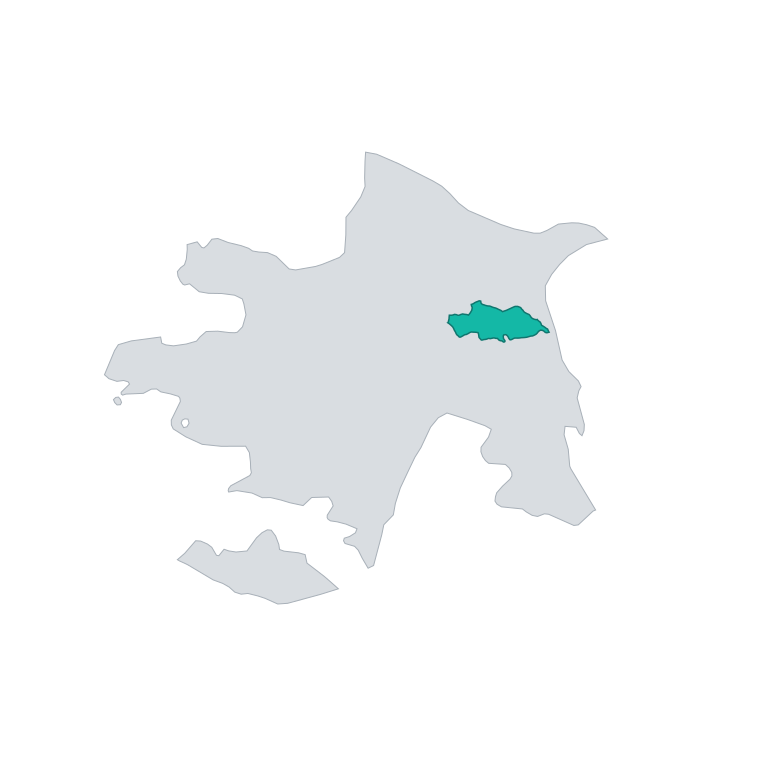 location of Hajigabul District, Hajigabul, Azerbaijan, rotated 331°
{"feature_id": "54616110B48173541517146", "entity_name": "Hajigabul District", "entity_type": "district", "adm_level": 2, "iso_a3": "AZE", "parent_name": "Azerbaijan", "parent_adm1": "Hajigabul", "projection": "equal_earth", "projection_center": [48.908, 40.107], "detail": "fine", "context": "in_parent", "style": "filled", "palette": "teal", "viewbox_px": 768, "rotation_deg": 331, "n_neighbors": 0, "source": "geoboundaries", "source_scale": "gbopen_adm2", "svg_char_len": 5636}
<svg xmlns="http://www.w3.org/2000/svg" viewBox="0 0 768 768"><g transform="rotate(331 384 384)"><path d="M508.0,596.8L505.3,596.5L485.6,601.4L481.5,599.8L464.8,577.7L461.3,575.3L454.1,574.3L449.9,570.7L446.4,564.8L444.5,560.4L427.2,548.4L424.6,544.0L424.3,540.2L426.8,536.7L429.8,533.8L438.2,530.8L448.1,528.3L451.3,526.4L452.9,523.3L452.8,518.2L451.2,513.2L437.1,504.1L435.6,500.2L435.1,495.4L435.9,490.3L438.2,486.4L449.7,481.1L455.9,475.6L452.1,469.4L439.7,455.3L425.0,439.9L415.2,439.8L403.8,444.3L385.5,457.5L375.4,463.1L362.3,472.4L347.9,482.8L336.1,493.9L328.7,503.0L315.6,507.0L309.0,514.7L286.9,537.7L280.8,537.4L280.5,526.0L280.9,516.9L279.6,511.7L272.6,504.6L272.6,501.5L274.5,499.6L279.9,500.7L286.9,500.3L290.2,497.5L282.9,488.2L276.3,481.9L270.8,477.7L269.5,475.1L269.5,473.3L270.8,471.2L280.4,466.0L281.4,461.3L280.8,456.0L265.7,448.2L254.3,451.1L244.2,442.3L237.7,435.6L229.7,428.3L222.4,424.4L215.6,415.3L203.6,405.9L195.8,403.2L196.0,401.8L197.4,400.1L200.7,398.7L222.3,399.0L225.0,397.3L226.4,393.3L229.4,387.4L233.0,378.7L232.8,371.3L211.3,359.5L195.7,348.6L185.1,334.2L177.9,321.1L178.2,316.7L180.4,312.5L197.5,300.5L198.6,297.4L198.3,295.2L192.4,289.1L185.0,282.7L182.7,278.1L178.0,275.7L169.0,275.5L153.4,267.7L150.0,267.0L149.3,265.4L150.1,263.8L161.4,260.7L161.3,258.1L158.0,254.7L151.7,252.2L146.0,246.0L144.0,240.4L164.6,224.1L170.7,220.8L183.9,223.8L211.4,234.6L209.4,240.6L212.1,244.0L218.4,248.6L230.5,253.2L240.8,255.6L246.0,253.6L253.9,251.9L264.2,257.2L273.6,264.0L278.3,266.8L280.8,267.6L288.0,265.4L296.8,256.6L300.3,246.0L301.3,240.9L296.4,233.9L286.1,226.3L274.5,219.6L267.1,213.7L262.5,202.1L257.7,200.8L256.5,199.3L255.8,195.3L256.1,189.8L257.8,185.5L262.5,183.7L267.3,183.0L271.6,179.0L277.1,171.0L279.4,166.6L289.5,169.1L290.8,176.2L292.5,177.7L296.7,176.9L303.7,173.9L309.2,176.2L316.3,184.7L326.1,193.7L331.4,199.7L333.5,203.9L338.5,207.9L345.8,212.6L351.6,220.1L356.8,237.4L362.0,241.4L381.1,248.0L387.8,249.4L406.5,251.7L413.2,250.0L422.9,235.1L431.6,219.7L439.8,216.5L454.4,209.1L463.2,202.1L466.9,194.5L475.2,180.3L480.3,172.3L488.9,179.4L503.8,198.7L525.2,230.1L530.4,239.0L533.9,249.4L536.9,261.9L541.8,273.1L563.5,301.1L573.0,311.4L588.3,324.8L593.8,327.8L601.0,328.7L614.1,328.7L626.3,334.0L632.3,337.6L638.5,343.0L644.1,349.1L649.9,365.6L628.7,360.2L607.5,361.1L595.5,364.6L583.8,369.4L572.7,376.3L565.7,389.6L559.9,420.4L551.4,449.4L551.7,462.8L555.5,475.6L555.1,481.8L551.1,484.4L546.2,489.8L539.6,516.5L536.3,521.8L532.1,525.2L530.9,522.0L531.1,515.0L521.8,508.8L516.9,515.7L513.5,530.4L506.6,545.9L506.3,548.9L508.0,596.8ZM194.5,323.8L195.5,319.7L192.9,317.9L190.1,317.8L187.6,319.8L187.6,325.0L190.9,325.9L194.5,323.8ZM122.7,444.1L119.5,439.8L118.1,437.5L127.6,435.5L143.3,429.8L147.5,432.5L152.0,438.4L154.2,443.3L154.4,452.6L156.3,454.1L164.0,451.0L167.3,454.7L173.1,459.2L183.2,463.6L198.0,456.7L205.3,454.9L211.3,455.0L214.5,457.2L215.5,464.4L214.2,473.3L212.4,478.1L215.5,481.7L227.4,490.2L232.3,495.0L229.8,503.3L238.5,523.4L241.4,531.3L244.8,541.0L226.4,537.2L193.4,529.1L184.4,524.9L175.9,513.6L170.9,508.2L163.4,501.2L157.2,498.6L152.6,493.7L150.1,486.5L146.2,480.1L139.6,472.5L124.6,446.8L122.7,444.1ZM145.5,272.9L143.4,274.3L140.4,272.9L139.5,269.8L139.8,266.5L142.9,265.7L145.4,266.7L146.0,269.6L145.5,272.9Z" fill="#d9dde1" stroke="#a8b0b8" stroke-width="1"/><path d="M508.8,358.5L508.5,358.1L507.9,357.6L507.1,357.3L505.7,357.2L504.7,357.0L503.3,356.9L502.7,356.9L501.8,357.0L500.1,357.0L498.9,356.7L498.4,358.1L498.4,358.7L498.4,359.3L498.0,360.3L497.2,361.2L496.6,362.0L495.8,362.5L494.6,363.2L493.5,363.8L492.8,364.1L491.3,364.7L490.1,363.4L488.8,362.5L487.7,361.7L486.8,360.9L484.7,360.4L483.0,360.3L481.8,359.6L481.1,358.6L480.3,357.9L479.2,357.2L478.3,357.2L476.6,356.7L475.3,356.0L474.5,355.5L473.3,357.2L472.5,358.5L469.8,361.4L469.5,361.4L470.3,362.9L471.4,366.0L471.8,367.6L471.8,369.3L471.6,371.1L471.7,373.0L471.5,375.1L471.6,376.4L472.2,377.8L472.6,379.4L473.1,379.8L473.8,380.1L474.7,380.1L474.9,380.1L476.8,380.1L478.4,380.0L480.0,380.6L482.0,380.7L484.2,380.6L485.7,380.9L487.0,381.8L488.5,382.7L490.0,383.7L491.2,384.7L490.8,386.4L490.1,388.2L489.7,389.4L490.1,391.3L490.4,392.7L491.6,393.3L492.8,393.5L493.7,393.9L494.4,394.2L495.9,394.6L497.2,394.7L498.1,395.2L498.8,395.8L500.4,396.3L501.5,396.6L502.5,397.0L503.0,397.4L503.9,398.3L505.3,399.1L505.6,400.4L505.9,401.5L506.7,402.5L508.0,403.4L508.6,404.8L509.2,405.5L510.3,405.5L510.8,404.6L510.6,403.2L510.6,402.0L511.5,399.9L512.4,399.1L514.3,399.8L514.9,400.4L515.4,402.3L515.4,403.5L515.3,404.7L515.4,405.1L515.5,406.0L515.7,406.5L517.1,407.0L518.7,407.0L520.4,407.1L521.5,407.7L522.9,408.5L524.7,409.4L526.6,410.1L527.8,410.7L529.5,411.5L531.5,412.3L532.8,412.6L534.5,413.0L535.5,413.2L537.0,413.9L538.0,414.1L539.8,414.2L541.1,414.2L542.6,413.8L543.7,413.3L544.9,412.9L546.3,412.8L547.2,412.9L548.3,413.7L549.4,414.9L549.7,416.0L550.1,417.1L550.9,417.9L552.0,418.4L553.1,418.6L553.5,418.7L553.5,417.4L553.7,415.2L552.9,414.1L552.5,413.0L551.8,411.6L551.2,410.5L550.3,409.1L550.6,407.2L550.6,406.4L550.7,405.8L550.1,404.5L549.7,403.5L549.4,402.6L549.3,401.8L549.2,401.8L548.4,401.6L547.0,400.4L546.3,399.6L545.5,398.5L545.0,396.9L544.9,395.1L544.6,393.6L543.2,391.8L542.4,390.6L541.6,389.3L541.3,387.9L541.3,386.9L540.8,385.5L540.6,383.6L540.1,382.8L538.6,381.0L536.3,379.7L534.8,379.5L526.8,378.9L524.1,378.4L522.8,378.2L521.9,376.3L521.0,375.1L520.1,373.9L519.3,372.7L518.5,371.7L517.0,370.3L516.0,369.2L515.0,367.9L514.0,366.9L513.3,366.5L512.4,365.9L510.6,364.2L509.8,363.2L508.7,362.2L508.1,360.6L508.4,359.1L508.8,358.5Z" fill="#14b8a6" stroke="#0f766e" stroke-width="1.5"/></g></svg>